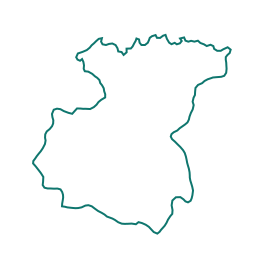 outline of Pirajuba, Minas Gerais, Brazil, rotated 100°
{"feature_id": "56859067B45314161307428", "entity_name": "Pirajuba", "entity_type": "district", "adm_level": 2, "iso_a3": "BRA", "parent_name": "Brazil", "parent_adm1": "Minas Gerais", "projection": "albers", "projection_center": [-48.671, -19.943], "detail": "fine", "context": "isolated", "style": "outline", "palette": "teal", "viewbox_px": 256, "rotation_deg": 100, "n_neighbors": 0, "source": "geoboundaries", "source_scale": "gbopen_adm2", "svg_char_len": 2813}
<svg xmlns="http://www.w3.org/2000/svg" viewBox="0 0 256 256"><g transform="rotate(100 128 128)"><path d="M33.0,40.5L31.2,43.9L33.9,47.8L35.9,50.1L36.5,53.5L35.1,56.9L32.5,58.2L31.7,61.2L33.6,64.7L32.4,67.7L31.7,71.5L29.9,74.3L31.4,77.6L31.2,81.0L32.5,83.6L32.0,86.6L29.1,88.5L30.8,92.3L33.0,90.2L35.6,91.6L37.1,94.5L36.0,96.8L37.9,99.7L36.8,102.3L33.4,105.2L29.8,107.2L31.0,109.5L33.7,112.0L34.2,115.1L31.7,117.0L33.4,120.3L35.4,122.2L37.8,122.6L40.6,123.3L43.3,125.7L43.9,129.2L42.0,131.4L38.9,132.5L38.4,135.2L40.9,135.6L43.6,136.6L46.9,137.6L49.2,139.0L50.1,143.2L53.7,142.5L56.8,145.0L54.3,147.5L54.3,150.9L51.3,152.2L48.5,154.6L47.5,158.1L48.5,161.3L50.1,164.1L50.0,167.6L47.6,169.5L44.1,169.3L45.3,172.3L47.9,174.4L50.6,176.3L52.9,178.2L55.5,179.6L58.4,182.1L60.9,185.9L63.3,190.3L67.3,191.3L69.4,189.6L70.1,186.9L68.1,185.2L70.7,183.4L74.0,182.2L77.4,181.9L79.6,180.4L79.4,176.9L80.9,172.6L82.9,169.4L83.9,167.1L85.7,164.5L88.6,163.1L90.4,161.0L93.1,158.8L96.0,157.8L98.7,156.3L101.9,155.8L104.8,159.2L107.6,161.6L110.5,163.0L113.4,165.3L115.9,168.6L116.4,172.7L116.9,175.4L117.1,178.1L117.6,181.6L121.1,183.8L123.7,185.4L123.4,189.3L122.5,194.1L121.2,197.8L121.3,201.3L122.9,204.3L127.4,205.3L130.5,204.3L133.3,202.9L136.6,202.5L139.4,203.1L142.6,204.9L145.5,207.4L148.6,208.4L152.0,208.0L154.6,207.0L158.2,207.0L162.7,208.4L166.1,209.9L168.7,211.4L171.7,213.0L174.6,214.3L176.9,215.5L179.4,215.3L181.7,212.4L185.1,208.6L187.6,205.9L190.9,202.9L195.7,202.3L199.0,202.1L201.3,199.9L201.5,196.7L201.0,193.6L200.6,190.3L199.9,186.9L200.2,183.8L202.5,181.7L205.1,180.4L207.7,179.8L210.6,179.7L213.8,179.7L216.6,179.4L216.5,176.6L216.7,173.9L216.4,169.3L216.1,165.9L215.5,163.2L214.2,159.9L211.8,156.5L210.9,153.6L211.4,150.1L213.1,146.8L214.9,143.1L216.1,139.2L217.3,136.1L218.9,133.3L219.4,130.3L219.9,127.6L220.8,124.9L222.5,121.3L223.3,117.5L223.0,114.7L222.4,111.7L221.5,107.8L221.4,103.5L218.9,101.3L219.2,97.7L220.2,93.7L221.7,90.3L223.6,87.8L226.0,84.6L226.9,80.8L224.8,78.9L222.4,77.7L220.2,76.3L217.9,74.9L214.7,73.6L211.3,72.7L207.4,71.0L204.9,69.5L201.1,69.9L196.6,71.6L191.7,71.7L187.9,68.8L187.0,64.4L188.6,61.0L190.3,58.7L190.8,56.0L188.8,53.7L186.2,53.1L183.0,52.9L178.3,53.1L174.8,54.5L171.8,56.0L168.9,57.5L166.2,58.5L163.7,59.0L160.9,59.7L157.5,61.0L154.7,62.4L152.0,63.7L149.3,64.7L146.1,66.0L142.7,67.8L140.3,69.9L137.6,73.2L135.5,76.3L133.3,79.4L131.3,82.7L129.0,84.4L126.5,84.1L124.3,82.3L121.9,79.0L119.3,77.1L116.9,74.7L114.7,72.5L112.2,70.4L109.1,69.5L106.2,69.4L102.3,68.7L98.4,67.5L94.0,67.3L90.9,68.9L86.8,68.7L83.9,67.8L80.7,68.2L76.8,68.5L73.4,66.5L71.0,62.8L68.4,60.8L66.2,58.0L64.8,55.4L63.5,53.1L62.5,49.4L61.4,45.1L59.9,42.3L56.6,40.9L52.6,41.2L49.7,41.9L46.6,42.6L43.7,43.6L41.2,44.0L38.9,42.8L36.5,40.9L33.0,40.5Z" fill="none" stroke="#0f766e" stroke-width="2"/></g></svg>